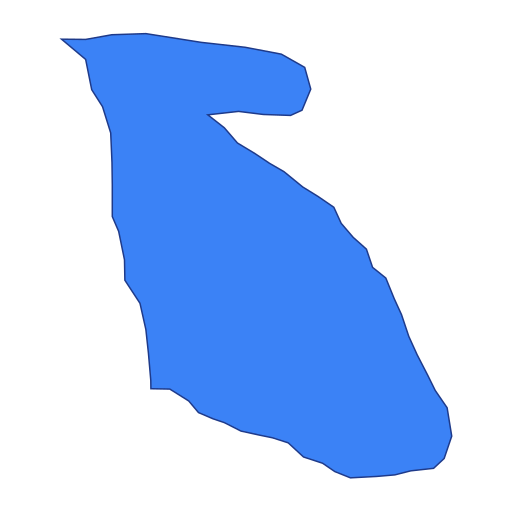 Spathariko, Cyprus (Albers equal-area conic projection), rotated 272°
{"feature_id": "46923920B58685009423806", "entity_name": "Spathariko", "entity_type": "district", "adm_level": 2, "iso_a3": "CYP", "parent_name": "Cyprus", "parent_adm1": "", "projection": "albers", "projection_center": [33.885, 35.234], "detail": "fine", "context": "isolated", "style": "filled", "palette": "blue", "viewbox_px": 512, "rotation_deg": 272, "n_neighbors": 0, "source": "geoboundaries", "source_scale": "gbopen_adm2", "svg_char_len": 976}
<svg xmlns="http://www.w3.org/2000/svg" viewBox="0 0 512 512"><g transform="rotate(272 256 256)"><path d="M416.5,86.0L399.9,97.4L373.9,106.5L344.6,108.8L322.0,109.9L290.4,111.0L275.8,117.9L247.6,124.7L227.2,125.8L204.7,141.7L178.7,148.5L155.0,151.9L127.9,155.2L119.7,155.6L120.0,174.5L108.8,193.8L97.5,204.0L91.8,218.7L88.4,230.1L80.5,247.1L77.2,265.2L74.9,278.8L70.4,294.7L56.8,310.5L51.2,329.8L43.3,342.3L37.6,358.1L39.9,384.2L42.1,402.4L46.7,418.2L50.0,440.9L60.2,451.1L82.8,457.9L111.0,452.3L127.9,439.8L142.6,431.9L162.9,420.5L181.0,411.5L202.4,403.5L218.2,395.6L238.5,386.5L248.7,372.9L266.7,366.1L278.0,352.5L291.6,340.0L307.4,332.1L317.5,316.2L326.6,300.3L341.2,281.1L349.1,266.3L358.2,251.6L368.3,233.5L383.0,219.9L395.4,202.9L399.9,233.5L397.7,258.4L397.7,285.6L403.3,296.9L424.7,304.9L446.2,298.1L458.6,274.3L464.2,238.0L467.6,193.8L474.4,138.2L472.1,104.2L466.5,78.2L465.9,54.1L446.5,78.9L416.5,86.0Z" fill="#3b82f6" stroke="#1e3a8a" stroke-width="1.5"/></g></svg>